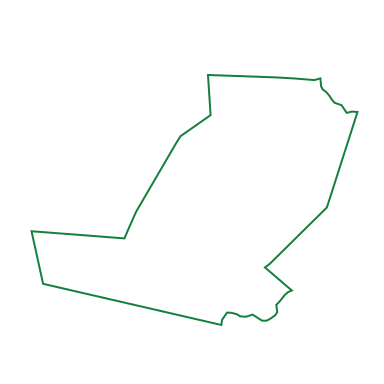 Tanque do Piauí, Piauí, Brazil, rotated 277°
{"feature_id": "56859067B11832506825176", "entity_name": "Tanque do Piauí", "entity_type": "district", "adm_level": 2, "iso_a3": "BRA", "parent_name": "Brazil", "parent_adm1": "Piauí", "projection": "robinson", "projection_center": [-42.274, -6.64], "detail": "fine", "context": "isolated", "style": "outline", "palette": "green", "viewbox_px": 384, "rotation_deg": 277, "n_neighbors": 0, "source": "geoboundaries", "source_scale": "gbopen_adm2", "svg_char_len": 780}
<svg xmlns="http://www.w3.org/2000/svg" viewBox="0 0 384 384"><g transform="rotate(277 192 192)"><path d="M63.6,237.3L69.0,237.5L76.6,241.5L76.9,246.0L76.1,251.7L74.5,254.8L74.7,260.7L77.7,267.1L74.7,273.3L72.8,277.3L73.4,281.9L75.9,285.3L79.8,289.6L83.2,291.3L86.9,290.3L90.2,289.4L93.2,291.7L97.1,294.2L101.2,296.7L104.4,299.6L106.4,303.1L126.0,273.6L129.9,277.7L134.8,281.6L193.0,327.7L204.7,330.0L291.6,346.5L291.3,340.9L289.4,335.9L296.4,329.8L297.9,322.7L301.1,319.2L304.6,316.3L307.7,312.9L309.6,309.4L312.5,307.3L320.4,305.6L318.0,299.8L317.2,280.4L316.0,261.7L310.1,193.6L270.6,201.1L245.9,173.7L236.9,169.6L172.5,141.9L166.8,139.4L162.7,138.0L155.9,136.0L151.5,134.6L137.7,130.6L133.5,37.5L82.7,55.4L63.6,237.3Z" fill="none" stroke="#15803d" stroke-width="2"/></g></svg>